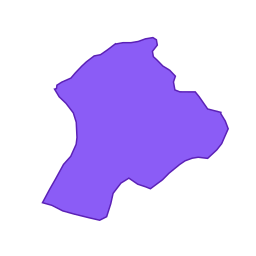 Thaechon, P'yŏngan-bukto, North Korea (Mercator projection), rotated 79°
{"feature_id": "82179303B82011588476807", "entity_name": "Thaechon", "entity_type": "district", "adm_level": 2, "iso_a3": "PRK", "parent_name": "North Korea", "parent_adm1": "P'yŏngan-bukto", "projection": "mercator", "projection_center": [125.154, 40.185], "detail": "fine", "context": "isolated", "style": "filled", "palette": "violet", "viewbox_px": 256, "rotation_deg": 79, "n_neighbors": 0, "source": "geoboundaries", "source_scale": "gbopen_adm2", "svg_char_len": 996}
<svg xmlns="http://www.w3.org/2000/svg" viewBox="0 0 256 256"><g transform="rotate(79 128 128)"><path d="M130.4,33.8L124.5,46.2L110.9,52.2L105.4,55.1L103.9,62.7L102.4,70.2L99.6,74.7L91.5,74.6L86.2,71.6L79.3,76.0L73.8,82.0L66.9,86.5L62.8,89.5L57.4,89.4L52.2,83.4L46.8,83.3L44.0,86.3L43.8,93.9L45.0,101.4L44.8,108.9L43.3,116.5L43.2,124.0L42.9,124.2L47.5,133.5L50.8,141.0L50.8,147.5L51.9,149.7L55.1,156.2L58.4,161.5L63.8,169.1L68.1,174.5L70.3,184.2L72.4,189.6L75.7,190.7L75.8,192.7L84.3,189.6L91.9,184.2L102.7,178.8L112.5,177.7L127.6,179.9L134.1,182.0L144.9,189.6L151.4,198.2L164.4,209.0L173.1,216.5L185.0,226.2L189.3,217.6L196.9,207.9L202.3,197.1L208.8,183.1L210.0,180.4L213.1,173.4L211.0,165.9L199.1,159.4L189.3,155.1L180.7,145.4L177.4,136.7L185.0,129.2L189.3,121.6L191.9,117.6L185.4,104.0L180.2,96.4L173.7,84.3L171.1,78.2L169.9,70.7L170.1,64.7L173.0,55.6L166.4,45.0L161.2,39.0L154.5,34.4L147.9,29.8L139.7,31.2L131.6,34.2L130.4,33.8Z" fill="#8b5cf6" stroke="#5b21b6" stroke-width="1.5"/></g></svg>